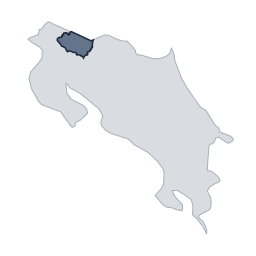 Upala, Alajuela, Costa Rica (highlighted), rotated 4°
{"feature_id": "36466004B97209373697434", "entity_name": "Upala", "entity_type": "district", "adm_level": 2, "iso_a3": "CRI", "parent_name": "Costa Rica", "parent_adm1": "Alajuela", "projection": "mercator", "projection_center": [-85.236, 10.868], "detail": "fine", "context": "in_parent", "style": "filled", "palette": "slate", "viewbox_px": 256, "rotation_deg": 4, "n_neighbors": 0, "source": "geoboundaries", "source_scale": "gbopen_adm2", "svg_char_len": 5033}
<svg xmlns="http://www.w3.org/2000/svg" viewBox="0 0 256 256"><g transform="rotate(4 128 128)"><path d="M233.9,131.7L233.6,132.8L232.5,134.1L230.9,135.3L228.8,136.2L223.8,133.6L218.9,130.7L216.1,132.0L215.1,135.8L213.3,137.8L211.0,138.6L210.1,139.8L209.9,152.7L210.0,164.8L213.8,165.1L220.0,169.3L222.7,171.8L223.5,174.1L222.7,175.2L218.2,177.8L213.7,181.1L211.5,185.3L215.4,192.0L216.2,196.6L216.1,201.4L215.0,203.7L206.4,209.2L204.5,211.1L204.8,212.5L209.5,216.3L211.8,219.9L213.7,224.4L213.9,228.2L209.6,221.1L203.6,214.3L198.5,210.1L198.1,200.4L196.0,195.1L188.2,190.2L181.5,186.8L176.5,187.5L179.6,193.1L187.4,200.3L187.9,203.0L187.8,206.7L182.4,206.2L177.6,204.6L171.8,204.2L168.0,202.0L159.8,193.4L165.6,186.0L167.4,181.2L167.2,171.2L165.9,166.4L159.6,159.0L149.5,150.9L135.5,144.3L128.9,139.0L112.4,134.9L106.1,132.2L101.2,127.2L100.5,123.6L102.2,118.0L97.7,110.9L78.0,97.0L67.0,91.9L64.7,88.9L62.9,87.9L64.6,97.5L69.4,103.3L82.0,108.7L85.4,111.9L86.8,116.0L79.5,123.8L75.8,125.8L74.7,130.0L72.3,131.3L69.8,128.9L59.7,116.6L40.0,110.7L36.5,107.1L29.2,95.9L25.8,85.7L27.0,78.8L35.1,68.2L37.6,63.5L37.1,60.7L37.3,56.5L34.3,53.5L26.9,49.7L22.1,46.6L23.4,45.1L32.0,41.0L32.5,37.3L32.5,36.0L33.9,35.8L35.1,34.8L35.9,33.7L38.2,30.2L40.2,28.1L42.6,27.8L45.5,29.3L56.3,33.2L68.3,37.5L85.4,43.6L92.4,39.7L98.5,36.7L102.8,37.1L112.0,40.6L117.5,41.7L120.9,41.3L126.7,46.4L130.0,50.3L130.5,52.8L132.3,54.2L136.8,54.5L148.0,57.1L154.9,56.6L161.1,53.8L164.5,50.6L165.6,45.4L167.2,47.9L169.0,52.0L169.8,57.1L177.9,74.5L184.3,84.2L198.4,101.8L204.5,105.0L214.7,119.2L218.3,121.5L220.3,125.7L231.0,129.1L233.9,131.7Z" fill="#d9dde1" stroke="#a8b0b8" stroke-width="1"/><path d="M87.2,42.5L85.3,43.7L80.3,41.8L68.7,37.3L65.5,36.1L65.1,36.0L64.9,36.0L64.7,35.8L64.3,35.8L64.2,35.9L64.2,36.0L63.9,36.1L63.8,36.4L63.7,36.6L63.7,36.8L63.4,37.2L63.1,37.2L62.9,37.3L63.0,37.4L63.0,37.5L63.1,37.8L63.2,38.1L63.2,38.4L63.2,38.6L63.3,38.8L63.1,39.0L62.9,39.2L62.7,39.2L62.7,39.3L62.7,39.2L62.4,39.0L62.2,39.1L61.9,38.9L61.8,38.7L61.7,38.6L61.4,38.5L61.2,38.6L60.9,38.3L60.7,38.1L60.8,38.0L60.7,38.0L60.7,37.9L60.3,37.8L60.3,37.6L60.2,37.6L59.9,37.3L59.6,37.3L59.4,37.4L59.2,37.3L58.9,37.5L58.7,37.4L58.5,37.6L58.3,37.7L58.2,37.8L58.0,37.7L57.9,37.8L57.7,37.8L57.4,37.8L57.3,38.0L57.3,37.9L57.2,37.9L57.2,38.0L57.2,38.3L57.0,38.5L57.0,38.8L56.9,38.8L56.7,39.1L56.7,39.3L56.6,39.6L56.4,39.6L56.2,39.7L56.3,39.8L56.2,40.0L56.4,40.1L56.2,40.2L55.9,40.2L55.7,40.3L55.7,40.7L55.7,40.8L55.5,41.0L55.6,41.3L55.7,41.5L55.5,41.8L55.4,42.0L55.1,42.0L54.9,42.1L54.8,42.3L54.7,42.3L54.6,42.2L54.2,42.4L54.0,42.5L53.8,42.5L53.7,42.4L53.6,42.5L53.3,42.4L53.1,42.4L52.9,42.4L52.8,42.6L52.5,42.8L52.3,42.9L52.2,43.0L51.9,43.3L51.7,43.5L51.4,43.7L51.4,43.8L51.3,44.0L51.2,44.2L51.3,44.4L51.4,44.7L51.4,44.8L51.3,45.0L51.3,45.3L51.3,45.5L51.5,45.6L52.0,45.9L52.0,46.1L52.0,46.4L52.2,46.6L52.4,46.6L52.5,46.7L52.6,46.8L52.9,47.1L53.0,47.1L53.0,47.3L53.1,47.5L53.3,47.6L53.4,47.8L53.5,47.8L53.9,48.1L54.0,48.4L54.2,48.5L54.3,48.6L54.6,48.7L54.7,48.9L54.7,49.0L54.9,49.1L55.5,50.2L55.5,50.3L55.7,50.6L55.8,50.7L56.0,50.8L56.2,51.1L56.4,51.1L56.9,51.2L57.1,51.2L57.5,51.2L57.8,51.4L58.1,51.6L58.4,51.8L58.6,51.9L58.8,51.9L58.9,52.0L59.1,52.1L59.4,52.2L59.5,52.3L59.6,52.5L59.8,52.6L60.1,52.8L60.2,53.0L60.3,53.1L60.4,53.3L60.5,53.5L60.6,53.8L60.7,54.1L60.8,54.2L60.9,54.4L61.0,54.5L61.2,54.8L61.4,54.9L61.4,55.0L61.5,55.1L61.5,55.4L61.7,55.5L61.8,55.5L61.9,55.9L62.0,56.0L62.3,56.0L62.5,55.9L62.9,55.9L63.1,55.9L63.3,55.7L63.5,55.6L63.8,55.3L64.0,55.3L64.3,55.3L64.6,55.1L64.9,55.2L65.1,55.3L65.3,55.3L65.6,55.4L65.9,55.5L66.3,55.7L66.7,55.8L66.8,55.9L67.3,56.1L67.6,56.3L67.8,56.3L68.1,56.4L68.3,56.4L68.9,56.3L69.2,56.3L70.2,56.4L70.4,56.3L70.7,56.5L70.9,56.5L70.9,56.8L71.0,56.9L71.2,57.1L71.4,57.3L71.5,57.4L71.5,57.6L71.5,57.9L71.4,58.1L71.6,58.3L71.8,58.5L71.7,58.6L71.8,58.7L72.1,58.7L72.4,58.7L72.5,58.6L72.9,58.5L73.2,58.5L73.3,58.4L73.5,58.3L73.8,58.4L74.0,58.5L74.6,58.5L75.0,58.5L75.2,58.8L75.4,58.8L75.9,58.9L75.9,59.0L76.0,59.4L76.2,59.5L76.4,59.6L76.7,59.6L77.1,59.6L77.6,59.8L77.8,59.8L78.0,59.9L78.0,60.0L78.2,60.5L78.3,60.7L78.3,60.9L78.3,61.0L78.5,61.1L78.7,61.3L78.7,61.2L78.8,61.0L78.8,60.8L79.0,60.6L79.1,60.3L79.3,60.1L79.4,59.9L79.6,59.4L79.8,59.1L80.2,58.7L80.5,58.6L80.6,58.4L80.8,58.1L81.0,58.2L81.6,58.1L82.0,58.1L82.3,58.0L82.4,57.9L82.4,57.6L82.4,57.3L82.4,57.2L82.6,57.3L82.7,57.2L82.8,57.1L82.7,56.8L82.6,56.4L82.3,56.2L82.1,55.9L82.0,55.6L82.2,55.3L82.2,55.2L82.4,55.1L82.6,54.9L82.8,54.7L83.0,54.6L83.4,54.6L83.6,54.6L84.0,54.6L84.3,54.3L84.5,54.0L84.5,53.8L84.5,53.6L84.9,53.5L85.0,53.5L85.0,53.3L84.8,52.9L85.1,52.8L85.2,52.7L85.5,52.7L85.8,52.2L85.7,52.1L85.8,51.9L85.8,51.7L85.8,51.1L86.0,51.1L86.2,50.8L86.5,50.5L86.5,50.4L86.4,50.3L86.5,50.2L86.8,50.1L86.9,49.9L86.9,49.6L86.9,49.3L86.8,49.0L86.6,48.8L86.6,48.6L86.5,48.4L86.5,48.2L86.7,47.5L86.7,47.2L86.8,47.0L86.7,46.8L86.7,46.5L86.6,46.2L86.8,45.7L86.8,44.8L86.8,44.7L86.9,44.2L87.0,43.9L87.0,43.7L87.1,43.3L87.2,42.5Z" fill="#64748b" stroke="#1e293b" stroke-width="1.5"/></g></svg>